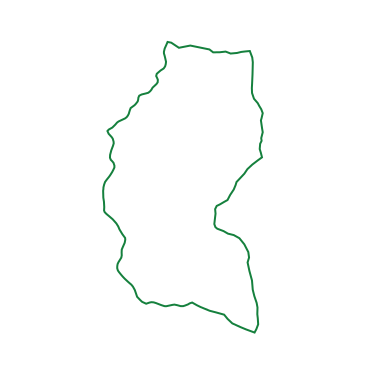 the district of Shemjong, Chirang, Bhutan, rotated 76°
{"feature_id": "84629894B63764516450796", "entity_name": "Shemjong", "entity_type": "district", "adm_level": 2, "iso_a3": "BTN", "parent_name": "Bhutan", "parent_adm1": "Chirang", "projection": "natural_earth1", "projection_center": [90.166, 27.038], "detail": "fine", "context": "isolated", "style": "outline", "palette": "green", "viewbox_px": 384, "rotation_deg": 76, "n_neighbors": 0, "source": "geoboundaries", "source_scale": "gbopen_adm2", "svg_char_len": 2550}
<svg xmlns="http://www.w3.org/2000/svg" viewBox="0 0 384 384"><g transform="rotate(76 192 192)"><path d="M343.5,165.3L340.6,162.7L336.4,159.8L330.3,158.7L326.4,158.2L319.9,156.4L315.2,156.1L308.1,156.7L301.5,156.7L292.4,155.2L282.6,155.4L273.8,155.1L269.4,152.5L263.9,151.9L255.4,153.9L248.3,157.2L243.9,161.9L241.1,167.2L237.6,170.8L233.7,176.4L231.7,177.8L228.5,178.1L222.9,176.0L218.7,174.4L214.2,173.7L211.5,171.4L210.8,168.0L209.3,162.9L208.4,159.5L204.1,155.7L199.7,150.9L195.8,148.0L193.1,146.4L186.9,136.8L183.2,132.7L180.0,126.9L177.1,120.2L175.3,115.7L170.7,115.7L166.7,115.9L161.7,114.2L159.2,112.1L156.5,111.8L151.1,108.9L147.1,108.6L139.2,107.8L137.3,106.7L132.6,104.3L128.4,104.8L124.9,105.9L121.7,106.7L116.5,109.3L110.5,109.8L105.7,108.8L101.5,107.5L92.4,104.8L80.8,101.6L76.1,101.0L69.2,101.8L68.5,106.4L68.0,110.4L68.0,114.6L67.0,121.0L63.9,125.4L63.1,131.3L61.6,137.7L57.9,140.6L55.0,146.7L51.8,153.4L49.5,158.2L48.9,169.8L42.1,176.0L40.5,179.4L42.9,181.2L46.2,183.8L49.1,185.3L50.7,185.7L52.9,185.6L54.8,185.6L59.4,185.7L61.7,186.6L63.6,187.7L65.3,189.6L66.5,193.1L68.0,196.1L68.8,197.6L70.8,198.7L73.3,198.2L74.9,198.0L77.3,198.8L78.6,200.3L81.2,205.0L82.9,206.6L84.1,208.2L85.1,210.3L85.2,212.2L85.2,217.4L85.8,219.9L87.5,221.2L89.2,221.8L91.0,222.8L92.9,225.2L93.9,226.8L95.7,231.2L97.4,232.4L99.2,233.5L100.8,234.4L102.3,235.7L103.6,237.3L104.4,239.1L105.8,246.2L106.5,247.9L108.2,250.3L110.2,253.7L111.3,257.7L112.4,259.3L115.3,258.8L119.4,256.6L121.1,256.0L124.1,255.9L125.9,256.2L128.1,257.5L132.0,260.2L136.2,262.5L138.9,263.3L141.1,263.0L142.8,262.0L144.7,261.1L147.7,260.9L149.5,261.4L151.6,263.1L153.3,264.6L155.7,267.1L157.1,268.7L159.3,271.6L161.2,273.9L163.6,275.5L166.1,276.8L167.8,277.3L169.2,277.9L176.0,279.4L180.2,279.8L185.4,280.8L188.7,281.8L190.4,281.6L192.5,280.4L199.2,275.6L204.2,273.0L207.6,271.9L210.8,271.4L216.0,269.8L220.4,268.0L222.2,268.3L225.0,269.6L229.0,272.7L230.9,274.1L233.6,274.9L236.5,275.5L238.6,276.5L242.4,280.4L243.9,281.6L245.7,282.4L247.8,283.0L250.2,282.9L252.1,282.2L255.1,280.8L257.3,279.7L259.8,278.3L263.5,275.9L265.4,274.6L267.2,273.3L269.5,272.2L273.3,271.2L280.4,270.6L284.3,268.4L286.5,267.0L289.3,263.5L289.0,259.8L289.1,258.0L289.8,255.9L291.0,253.9L294.3,249.2L296.1,246.3L296.6,244.6L296.8,238.3L297.0,236.3L298.3,233.6L300.0,230.6L300.6,228.1L300.5,226.3L300.1,223.1L299.5,221.2L299.3,218.6L303.1,214.6L305.7,211.5L311.5,203.6L314.6,197.9L318.8,190.5L323.7,188.2L329.2,184.7L334.7,177.8L338.4,172.8L343.5,165.3Z" fill="none" stroke="#15803d" stroke-width="2"/></g></svg>